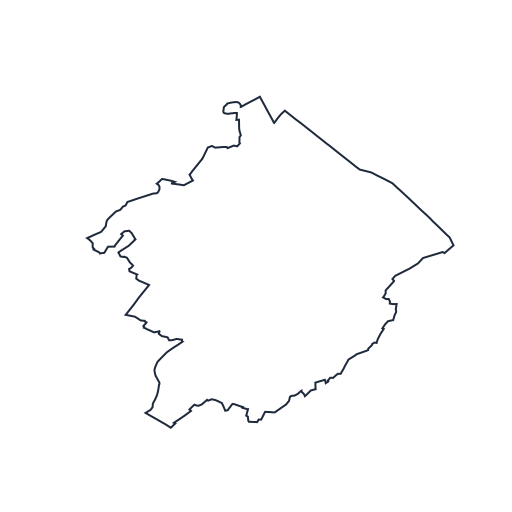 Lestenes pag., Tukums, Latvia, rotated 149°
{"feature_id": "27541924B48713884824227", "entity_name": "Lestenes pag.", "entity_type": "district", "adm_level": 2, "iso_a3": "LVA", "parent_name": "Latvia", "parent_adm1": "Tukums", "projection": "equal_earth", "projection_center": [23.152, 56.775], "detail": "fine", "context": "isolated", "style": "outline", "palette": "slate", "viewbox_px": 512, "rotation_deg": 149, "n_neighbors": 0, "source": "geoboundaries", "source_scale": "gbopen_adm2", "svg_char_len": 5965}
<svg xmlns="http://www.w3.org/2000/svg" viewBox="0 0 512 512"><g transform="rotate(149 256 256)"><path d="M197.4,119.4L197.1,119.8L193.9,122.4L189.1,125.3L184.1,127.7L184.9,128.9L180.4,131.0L176.4,132.1L171.4,130.4L167.9,133.7L164.6,135.9L163.5,138.5L160.2,142.4L163.9,144.6L165.8,146.3L164.6,148.2L164.4,150.8L166.6,152.0L168.4,155.1L167.6,155.4L167.2,155.5L164.1,157.2L162.6,159.7L161.7,160.0L159.7,160.6L155.7,161.8L150.6,163.4L150.5,163.5L150.9,166.0L146.8,167.3L132.2,166.2L131.6,166.1L121.1,166.2L120.6,166.3L114.1,168.2L113.7,168.2L96.6,163.9L94.0,163.3L93.9,163.1L93.0,161.4L81.2,163.4L81.0,166.2L80.6,170.2L80.5,172.5L81.6,176.0L84.8,188.4L86.6,194.8L87.4,198.5L88.6,202.9L90.5,209.2L91.3,212.0L93.5,220.1L94.2,222.4L95.1,225.9L97.3,233.4L99.2,239.9L99.7,241.3L101.0,246.0L101.6,248.1L104.1,252.2L104.8,253.3L105.1,253.9L106.4,255.9L108.1,258.6L109.6,260.9L110.9,262.9L112.8,266.1L114.1,268.1L115.0,269.1L117.1,271.2L119.3,273.4L120.7,274.8L122.5,276.6L124.3,280.9L125.8,285.0L133.1,304.3L134.5,308.1L136.3,312.9L137.9,316.8L139.6,321.5L141.8,327.2L142.6,329.4L144.2,333.7L149.2,346.9L151.5,352.5L155.8,364.0L156.4,365.7L161.4,364.7L166.0,363.1L171.9,360.7L172.1,361.2L171.9,361.5L171.9,361.8L171.3,376.8L171.1,380.4L170.9,385.3L170.8,388.4L170.7,390.0L170.6,390.4L170.6,390.5L172.6,390.6L172.8,390.6L173.0,390.6L175.7,390.7L186.9,391.4L192.0,391.5L192.3,391.6L191.4,392.9L191.4,394.5L191.8,396.2L192.6,397.4L194.3,398.5L196.4,399.5L198.6,400.4L200.3,400.9L201.3,401.3L202.1,401.4L202.7,401.3L203.1,400.9L203.9,400.8L205.2,400.6L206.2,400.4L207.2,399.8L208.2,398.4L209.3,397.2L209.7,396.2L209.9,395.4L209.5,394.7L209.2,394.3L208.2,393.5L207.7,393.0L206.6,392.1L205.7,391.8L204.9,391.6L204.0,391.1L202.5,390.3L201.7,390.1L201.1,389.9L200.4,389.4L199.7,389.0L199.1,388.7L198.7,388.3L201.1,384.9L202.5,383.0L202.7,382.8L201.1,381.9L200.4,381.6L200.5,381.4L201.8,379.1L203.1,376.9L204.8,373.9L205.6,372.1L206.9,367.2L208.9,366.4L211.6,362.1L211.8,360.8L215.6,359.7L218.2,362.1L224.8,363.1L224.9,364.4L227.5,366.1L235.2,369.9L237.1,373.0L241.4,373.8L246.5,370.5L248.6,369.1L251.7,367.1L251.9,367.2L252.2,366.9L267.0,361.5L270.1,360.2L271.0,360.0L271.3,356.2L271.3,355.0L271.3,354.3L271.2,353.2L281.4,353.8L284.0,356.0L291.4,361.9L290.4,361.7L287.5,361.4L290.1,364.3L296.6,370.3L297.4,370.3L301.5,369.4L303.8,369.1L303.0,367.2L303.0,365.2L304.3,363.0L306.8,361.3L308.4,360.8L312.4,362.6L326.9,366.0L338.4,368.5L341.9,366.4L344.4,366.9L347.1,366.0L348.7,365.5L348.9,365.5L353.0,366.3L361.8,364.4L364.4,363.6L365.8,363.0L366.9,361.9L367.5,361.2L368.4,360.2L368.7,359.8L369.5,358.9L373.0,357.6L375.6,356.7L376.2,356.5L377.0,356.5L379.2,356.8L381.8,357.2L391.5,358.3L391.0,357.2L390.0,354.4L389.4,351.1L391.6,347.4L391.1,345.4L391.9,345.1L388.6,340.0L388.5,339.8L388.4,338.8L388.5,338.6L384.7,337.0L384.4,336.9L384.1,337.0L378.1,340.2L372.4,336.9L371.7,337.4L371.3,337.7L359.6,342.1L360.3,344.2L356.1,344.9L351.7,343.0L350.8,339.7L350.8,332.3L351.6,332.3L351.6,332.2L351.8,332.1L357.7,330.8L359.9,330.3L360.6,330.3L368.8,330.1L372.1,329.9L372.4,325.4L369.8,323.2L369.3,323.3L367.5,320.9L367.4,315.4L366.5,312.2L366.4,311.0L369.1,310.2L371.5,310.2L372.3,308.0L367.6,301.6L367.8,301.6L369.0,300.0L370.3,298.3L370.3,298.2L369.7,296.8L368.9,294.9L368.2,294.0L368.0,293.8L365.4,290.2L362.6,286.2L377.5,280.8L385.5,277.4L397.7,272.8L398.0,272.7L391.0,266.3L388.8,261.8L388.0,260.1L384.7,257.7L384.8,256.5L384.3,255.9L384.0,255.5L384.4,255.2L385.2,255.0L388.6,254.0L388.4,252.8L388.7,252.3L389.0,252.2L388.6,251.6L387.8,250.7L387.3,249.6L385.2,246.7L382.7,243.0L382.3,242.9L379.8,242.0L378.6,241.6L377.5,241.3L377.5,241.1L377.8,240.9L378.1,240.5L379.4,239.4L378.9,238.0L377.8,235.6L375.5,233.6L373.7,231.8L373.8,229.6L373.9,228.5L371.6,227.2L369.7,226.6L366.7,225.8L362.5,222.3L363.6,220.6L363.4,220.4L366.5,220.2L370.2,220.0L370.3,220.1L375.1,219.9L382.0,219.4L385.6,218.5L390.6,217.2L394.9,216.0L398.4,213.6L399.7,212.6L401.7,210.7L402.6,208.8L403.7,205.3L404.0,197.2L404.8,195.9L405.3,195.7L407.7,192.8L408.3,192.1L409.7,190.5L412.3,187.9L414.5,186.3L416.3,185.0L418.3,183.9L418.8,183.6L420.4,182.6L422.5,179.7L425.1,178.6L426.1,178.4L431.3,178.4L431.5,178.4L427.9,171.9L425.3,167.4L422.4,162.1L420.6,158.9L420.4,158.6L417.5,152.7L411.5,154.0L412.3,155.3L407.3,155.5L399.9,155.9L391.5,156.7L392.1,158.7L389.0,159.5L385.4,160.3L384.2,158.7L382.6,157.3L378.9,156.7L372.0,157.9L371.6,156.7L371.2,156.6L367.8,156.0L367.5,155.8L364.9,153.3L364.6,152.9L363.4,151.2L361.0,147.5L361.2,145.3L361.9,139.8L362.0,139.7L362.1,139.4L361.8,139.3L361.5,139.2L361.3,139.1L361.2,139.0L361.2,138.9L360.8,138.7L359.9,138.5L359.7,138.5L359.5,138.4L359.4,138.5L358.9,138.7L353.0,141.1L352.6,141.2L352.3,141.2L351.9,141.1L351.6,140.9L350.8,140.0L346.6,135.0L345.5,133.7L345.2,133.6L345.0,133.3L345.9,133.0L345.8,132.8L342.0,128.9L341.8,128.8L346.6,124.2L345.7,122.6L347.4,118.8L347.4,118.7L347.5,117.9L347.5,117.6L342.5,114.3L341.6,113.7L340.6,113.0L337.9,114.4L335.9,113.1L333.9,114.3L328.6,117.7L328.3,117.7L328.1,117.5L327.4,117.0L323.8,114.6L322.5,113.6L321.2,112.7L320.6,112.4L320.1,112.3L319.5,112.3L318.0,112.5L315.9,112.6L310.8,113.0L309.1,113.1L306.8,113.2L303.7,114.3L302.5,114.7L302.3,114.8L299.5,117.7L299.4,117.8L298.8,117.8L297.9,117.9L295.4,116.8L294.8,116.5L293.5,116.4L292.2,116.3L290.5,116.4L289.6,116.6L287.2,117.1L286.4,117.1L286.6,116.7L286.7,116.2L286.7,115.7L286.7,115.4L286.5,114.8L286.3,114.2L286.1,113.6L286.1,113.4L286.1,112.7L286.1,111.9L286.1,111.3L286.2,111.0L286.3,110.6L286.2,110.6L278.2,112.5L273.5,111.1L273.3,111.7L270.3,116.9L260.7,114.4L260.6,113.9L261.7,111.1L258.7,111.2L258.5,111.3L258.5,112.1L258.3,112.3L255.0,113.4L252.7,111.8L249.8,112.4L246.6,112.9L244.6,111.7L244.1,111.4L242.4,112.4L238.9,114.3L236.2,116.1L233.3,117.7L231.2,118.9L230.1,119.6L224.7,119.7L223.1,119.7L221.5,119.8L220.5,120.0L209.8,117.8L209.2,117.8L208.3,117.6L207.4,118.8L202.8,119.8L201.7,120.7L199.1,120.8L197.4,119.4Z" fill="none" stroke="#1e293b" stroke-width="2"/></g></svg>